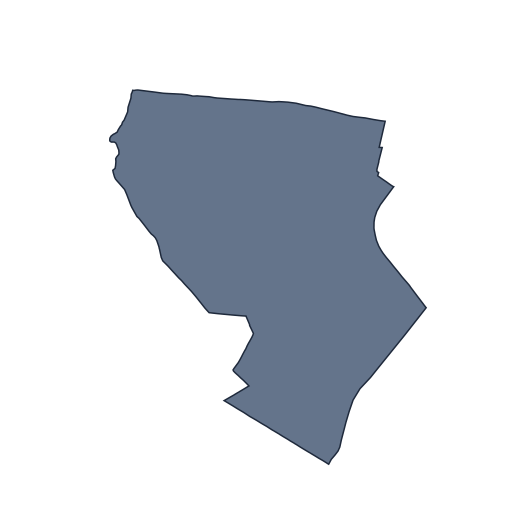 Xicohtzinco, Tlaxcala, Mexico, rotated 290°
{"feature_id": "50627088B74142999724347", "entity_name": "Xicohtzinco", "entity_type": "district", "adm_level": 2, "iso_a3": "MEX", "parent_name": "Mexico", "parent_adm1": "Tlaxcala", "projection": "equal_earth", "projection_center": [-98.242, 19.172], "detail": "fine", "context": "isolated", "style": "filled", "palette": "slate", "viewbox_px": 512, "rotation_deg": 290, "n_neighbors": 0, "source": "geoboundaries", "source_scale": "gbopen_adm2", "svg_char_len": 3196}
<svg xmlns="http://www.w3.org/2000/svg" viewBox="0 0 512 512"><g transform="rotate(290 256 256)"><path d="M265.6,433.6L266.3,432.4L269.8,427.0L273.7,420.9L279.7,411.7L280.0,411.4L281.2,409.6L286.6,399.9L289.4,395.4L293.6,388.3L296.2,384.1L299.3,378.7L299.8,378.0L300.2,377.3L302.0,374.5L304.0,371.8L307.2,368.0L311.9,363.8L316.5,360.8L320.0,358.7L321.5,357.8L322.8,357.2L328.3,355.3L332.9,354.4L339.5,354.2L342.6,354.7L346.7,355.3L363.2,360.2L366.3,361.1L368.2,361.7L368.2,361.3L368.2,361.2L368.5,359.6L369.2,356.9L370.1,353.8L370.7,351.5L371.2,349.5L371.9,346.9L372.5,344.6L373.0,342.9L376.4,342.7L376.7,341.1L376.8,340.8L378.7,340.0L386.6,339.2L387.2,338.9L401.1,337.5L401.0,337.2L400.2,334.6L405.8,333.9L426.8,331.3L425.8,327.0L424.4,319.5L423.1,311.4L421.9,306.5L420.3,299.5L419.5,293.5L418.3,279.7L416.9,267.4L416.3,261.2L415.6,256.2L414.4,251.3L413.9,246.8L413.3,241.5L411.5,233.4L410.0,228.3L408.9,224.7L406.3,218.6L405.6,216.2L403.8,209.5L400.8,198.5L398.8,191.3L397.8,188.0L397.0,185.7L396.0,182.3L395.1,179.3L393.5,173.6L391.2,165.6L390.5,162.5L389.6,157.4L388.7,154.4L387.2,149.2L386.6,147.0L386.3,145.9L385.3,143.6L384.6,141.7L384.5,140.0L383.9,136.0L382.6,130.7L382.2,129.4L378.2,116.5L377.2,113.1L375.5,105.3L371.6,88.3L370.9,86.6L370.1,85.2L369.8,84.7L369.6,83.5L367.4,83.6L365.5,83.4L361.5,84.5L352.1,84.9L347.5,86.1L338.5,85.6L336.1,84.8L333.2,84.9L331.9,84.3L327.8,83.4L325.0,83.2L322.6,81.4L321.7,80.4L319.1,78.8L318.0,78.6L316.9,78.4L315.6,78.7L314.6,79.0L313.9,79.6L313.6,81.0L314.6,83.9L314.3,85.5L312.9,87.1L311.5,88.2L308.6,90.8L306.2,91.9L304.8,92.3L304.0,92.1L301.2,91.1L299.4,90.9L296.7,92.1L292.6,93.2L291.2,93.4L290.1,93.6L289.6,93.3L288.4,92.6L287.6,92.1L285.6,93.3L281.9,96.0L280.3,97.6L279.1,99.6L279.0,99.8L277.5,102.6L275.7,105.9L273.6,109.7L272.9,110.4L269.5,113.6L260.8,121.1L259.0,122.9L252.4,130.6L251.3,133.3L246.5,141.0L242.7,146.9L240.9,150.0L240.0,152.6L238.7,155.1L236.6,157.5L231.5,161.6L230.2,162.4L228.9,163.3L222.2,167.5L219.5,170.1L216.6,176.4L215.4,178.7L214.2,180.9L209.0,190.9L207.6,194.1L205.2,198.5L200.9,207.0L197.3,213.3L189.3,226.3L186.7,231.3L188.7,239.6L192.5,254.1L194.7,262.2L196.0,266.7L196.1,267.3L195.5,267.7L190.7,272.2L189.4,273.4L188.5,273.8L184.2,278.2L182.3,280.1L180.5,280.1L178.2,279.9L176.3,279.6L173.7,279.2L171.6,278.8L168.6,278.4L165.4,278.2L162.7,277.7L159.2,277.2L156.6,276.9L153.0,276.4L150.7,276.0L149.3,275.7L147.7,275.2L142.9,273.8L141.1,273.4L140.2,274.2L139.2,276.2L138.1,278.9L137.7,280.0L136.2,283.3L134.8,286.9L134.2,288.1L132.2,292.4L131.5,293.8L126.0,289.4L120.4,284.8L116.8,281.9L112.3,278.1L109.2,275.5L107.3,285.3L106.1,290.9L104.8,297.9L104.1,300.9L103.1,305.0L102.5,308.6L101.7,313.0L100.7,317.8L100.2,320.5L99.5,324.5L99.3,325.3L98.2,330.1L97.0,336.7L95.6,343.3L94.6,348.7L93.9,351.7L93.2,355.6L92.8,357.3L92.7,358.1L92.4,359.4L91.6,363.0L90.8,367.0L90.0,371.1L89.7,372.7L88.3,380.0L87.5,383.9L86.9,387.2L86.7,388.5L85.7,393.2L85.5,393.9L85.2,395.5L90.7,396.3L96.0,398.3L100.8,399.8L105.1,400.1L112.5,399.1L124.3,398.0L130.3,397.4L141.9,396.7L153.2,396.5L153.9,396.5L166.9,399.1L180.9,405.1L193.6,409.4L199.4,411.4L232.6,422.8L265.6,433.6Z" fill="#64748b" stroke="#1e293b" stroke-width="1.5"/></g></svg>